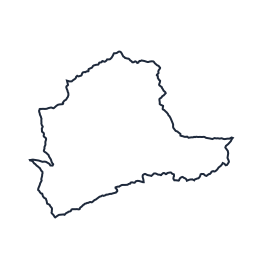 Nubi, Tongsa, Bhutan, rotated 81°
{"feature_id": "84629894B54102574648684", "entity_name": "Nubi", "entity_type": "district", "adm_level": 2, "iso_a3": "BTN", "parent_name": "Bhutan", "parent_adm1": "Tongsa", "projection": "mercator", "projection_center": [90.45, 27.625], "detail": "fine", "context": "isolated", "style": "outline", "palette": "slate", "viewbox_px": 256, "rotation_deg": 81, "n_neighbors": 0, "source": "geoboundaries", "source_scale": "gbopen_adm2", "svg_char_len": 5787}
<svg xmlns="http://www.w3.org/2000/svg" viewBox="0 0 256 256"><g transform="rotate(81 128 128)"><path d="M154.2,26.1L153.6,27.2L154.4,29.4L154.1,31.5L154.1,34.2L153.8,35.3L152.8,37.1L152.8,39.2L152.2,40.9L152.1,42.4L151.5,44.1L152.1,46.4L151.1,48.9L150.1,52.0L149.7,52.8L148.9,53.7L148.6,54.5L148.5,56.3L148.0,58.6L147.9,60.1L147.3,62.1L147.5,62.7L147.4,63.6L147.1,64.1L147.4,65.3L147.1,67.0L147.1,69.7L145.8,70.9L145.7,71.1L145.9,72.0L145.6,72.9L145.5,73.7L144.6,75.3L144.4,76.1L143.7,77.4L142.6,77.2L142.0,77.2L139.8,79.3L139.3,79.6L138.3,81.4L134.9,83.2L134.0,83.3L131.7,82.9L130.8,83.0L125.0,84.4L122.8,85.2L121.9,86.0L120.5,86.3L118.4,87.5L117.8,88.1L116.1,89.3L115.0,90.7L114.1,90.7L111.9,89.9L111.6,89.9L110.3,91.9L109.7,92.6L109.3,92.9L107.5,92.6L105.1,92.6L104.3,92.4L103.9,91.9L103.2,90.3L101.9,89.1L101.4,87.7L99.5,85.3L99.0,85.4L98.4,85.6L96.6,87.1L95.4,87.4L93.8,88.2L93.0,88.2L90.8,90.3L90.2,90.5L89.7,90.4L88.1,89.5L86.5,88.9L86.2,89.0L85.1,90.0L84.0,90.3L83.2,90.7L81.4,90.4L80.5,91.3L80.3,91.3L79.8,91.0L79.2,90.0L78.6,89.3L78.1,89.2L77.2,89.3L76.6,89.1L75.8,88.7L74.3,87.2L73.8,86.9L73.3,86.9L72.6,87.5L71.5,88.0L70.5,89.5L68.2,91.4L66.7,92.1L66.2,92.6L65.8,94.3L65.8,96.4L66.0,97.5L65.9,98.4L64.4,101.3L63.4,104.1L63.8,105.2L63.6,106.1L64.3,107.1L65.0,107.5L65.2,108.7L64.4,109.1L63.4,110.1L63.4,111.0L63.9,112.0L63.9,112.9L63.7,113.5L62.7,114.0L61.5,115.3L60.2,116.0L59.8,116.4L59.5,116.9L59.4,117.5L58.3,120.0L57.5,120.4L56.6,121.5L53.5,122.5L52.1,123.1L51.4,123.9L51.1,124.8L51.3,125.7L51.9,126.7L52.2,127.8L52.2,128.7L52.0,130.1L52.4,130.5L54.2,131.7L56.0,133.2L56.7,134.2L57.2,134.9L57.3,135.8L57.0,137.9L58.1,138.9L58.9,140.5L58.8,141.0L57.9,142.6L58.2,143.4L58.7,143.6L58.9,143.9L59.0,144.8L58.9,145.9L59.0,146.2L60.0,146.8L60.7,147.4L60.6,149.9L60.9,152.2L61.3,152.9L62.5,153.9L62.8,154.3L63.6,157.5L64.0,157.9L65.2,158.0L65.7,158.2L65.8,158.5L65.6,160.0L66.2,161.4L65.9,162.5L66.1,164.0L67.0,164.8L68.6,165.6L68.9,166.0L69.3,168.7L69.1,169.3L68.5,170.0L69.3,171.2L70.1,171.5L71.0,172.3L72.4,175.2L73.1,176.2L73.1,176.7L72.8,178.5L71.7,180.9L76.1,180.5L76.5,180.9L77.0,182.0L77.5,182.4L78.3,182.6L80.1,182.3L81.5,181.9L82.7,181.9L84.1,181.5L86.2,181.7L88.2,182.8L88.8,183.5L90.2,184.6L90.5,185.1L91.0,186.5L92.0,187.6L92.8,188.4L93.6,188.2L94.2,188.7L94.2,189.3L94.0,192.0L94.1,193.5L94.8,195.1L96.6,197.9L96.8,198.4L96.8,198.7L95.9,200.3L95.7,200.8L95.9,203.5L96.3,205.2L96.2,207.0L95.8,208.8L95.6,210.7L95.4,212.0L95.5,212.3L96.3,212.6L97.0,213.1L98.2,213.2L99.6,212.9L101.1,212.9L103.1,212.3L104.3,212.2L105.1,212.0L106.8,212.4L108.9,212.6L110.0,212.9L112.0,212.6L113.1,212.0L113.7,212.2L115.1,213.2L118.1,213.5L118.6,213.2L119.4,212.3L120.1,212.0L121.2,212.0L122.3,212.5L123.2,212.5L125.2,210.7L126.1,210.6L127.2,211.0L128.8,211.8L131.7,212.2L133.7,213.5L135.2,213.7L137.0,214.6L137.6,214.7L138.4,214.2L139.7,212.7L142.3,210.7L144.0,210.4L147.0,209.1L149.7,208.7L151.1,208.2L151.9,207.6L152.3,207.6L153.3,208.4L152.9,210.4L152.8,210.6L151.3,211.1L149.9,212.7L148.6,214.3L148.3,215.2L148.1,216.0L148.0,217.8L146.2,221.2L144.4,226.7L144.3,227.6L144.4,229.1L144.3,229.9L144.7,229.8L145.2,228.4L146.1,227.3L148.2,226.3L149.2,225.2L150.9,224.1L151.7,223.2L153.1,222.1L153.7,221.4L156.7,220.3L157.6,219.5L157.8,219.4L159.3,219.5L160.7,220.1L161.8,220.3L164.8,221.6L165.4,221.7L166.0,221.5L166.5,221.6L168.9,223.4L170.3,224.0L173.6,226.0L174.7,226.4L175.3,226.4L176.1,225.6L177.5,225.1L178.5,224.5L179.2,223.9L179.5,223.0L182.2,222.7L184.0,221.6L184.3,221.2L184.6,220.6L185.0,220.2L186.5,220.0L187.0,219.8L190.0,219.7L191.2,218.0L191.5,217.5L193.1,217.0L195.1,215.8L195.7,215.7L196.9,215.9L197.7,216.2L198.6,216.3L199.7,216.8L200.1,216.7L202.5,215.1L204.3,214.4L204.9,213.9L203.4,210.8L203.0,209.7L203.3,205.0L203.8,204.5L203.8,204.2L203.0,203.3L202.2,202.0L202.1,201.4L201.9,200.6L201.4,200.0L201.3,198.2L201.1,197.6L200.3,196.9L199.7,196.6L199.5,195.7L200.2,190.9L200.7,189.2L200.5,188.4L199.7,188.1L199.1,187.5L198.4,186.1L196.9,184.1L196.8,183.5L196.1,182.6L195.9,180.8L195.6,180.2L195.7,178.9L195.2,177.5L195.2,176.8L195.7,175.6L195.7,175.3L195.2,174.3L193.9,172.3L193.7,171.1L191.4,166.8L191.3,165.4L190.9,164.6L190.7,163.7L190.8,163.4L191.2,162.8L191.0,161.5L190.8,160.5L190.4,160.0L190.6,158.6L190.2,155.9L190.5,155.1L190.2,153.2L189.9,150.0L189.1,149.3L189.0,148.7L188.5,148.4L187.1,148.5L185.3,149.7L184.7,149.6L184.5,149.0L184.3,147.4L184.5,145.8L184.3,145.6L183.4,143.3L183.4,142.2L183.8,139.6L184.0,137.2L183.4,136.3L183.3,134.5L182.4,134.0L182.3,133.5L182.3,132.4L182.8,131.3L183.1,130.0L181.8,128.4L181.7,126.8L182.1,125.3L183.9,121.6L184.0,121.0L181.1,120.9L178.8,121.2L177.9,121.1L177.0,120.8L176.7,120.5L176.3,119.8L176.0,118.6L176.1,118.1L177.5,116.2L178.4,113.7L179.0,112.4L177.0,109.5L177.2,108.0L177.6,107.2L178.7,105.7L179.2,103.7L179.7,103.0L179.7,102.6L179.2,102.2L178.0,100.2L178.3,99.0L179.5,97.9L179.5,97.2L178.8,96.5L178.6,96.0L178.5,93.7L178.6,92.9L178.8,92.4L180.0,91.6L180.6,90.7L180.9,90.0L181.3,89.9L182.8,90.1L183.4,90.6L185.1,91.1L185.6,91.0L186.9,90.4L187.1,88.9L187.9,86.2L187.7,85.8L186.9,85.4L185.7,84.4L185.2,83.5L184.8,82.1L185.2,81.3L185.8,80.8L186.5,79.7L187.0,79.1L187.9,78.4L189.3,78.1L188.7,75.6L188.6,74.6L188.8,73.3L188.7,72.7L190.0,70.8L189.6,70.6L189.3,70.1L188.7,67.4L188.7,66.4L188.4,65.9L187.7,65.0L186.6,64.2L185.1,63.5L184.9,62.5L185.3,60.5L186.5,59.7L187.1,59.0L187.6,58.0L186.4,55.8L186.1,55.0L186.3,54.5L186.1,54.1L184.9,52.7L184.3,52.4L184.1,51.9L183.9,50.6L184.3,50.1L184.5,49.1L183.9,47.7L182.9,46.3L181.2,44.7L179.9,42.3L178.5,40.7L177.4,39.9L178.4,38.4L180.1,37.3L180.0,36.1L178.6,34.7L177.2,33.6L175.9,33.7L173.1,34.4L168.7,33.0L166.3,33.0L164.1,34.1L163.4,34.6L162.3,34.9L161.8,34.5L161.0,34.1L159.5,31.5L157.1,28.5L155.3,27.3L154.2,26.1Z" fill="none" stroke="#1e293b" stroke-width="2"/></g></svg>